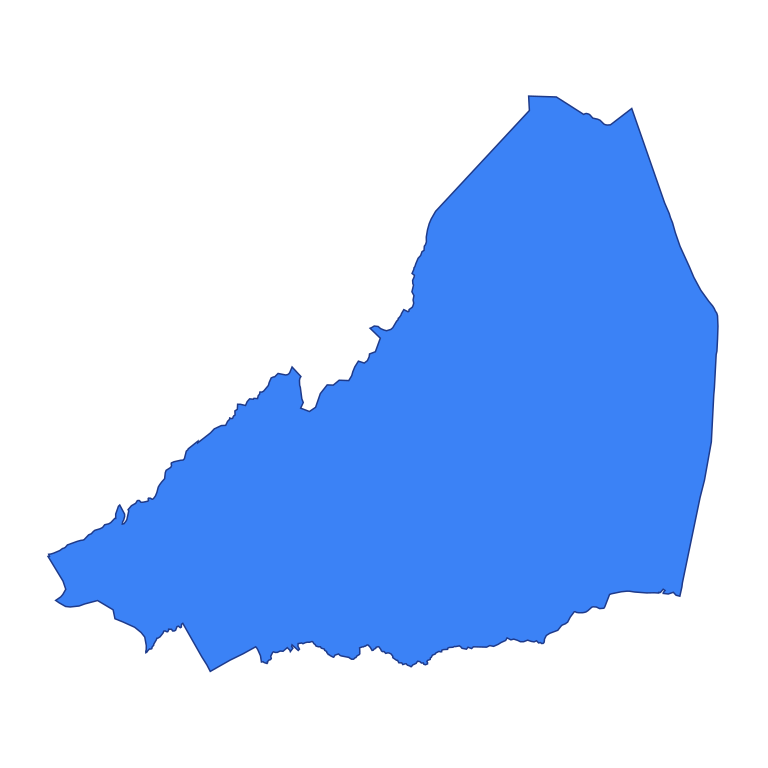 Huixquilucan, México, Mexico (Mercator projection), rotated 181°
{"feature_id": "50627088B22281598163621", "entity_name": "Huixquilucan", "entity_type": "district", "adm_level": 2, "iso_a3": "MEX", "parent_name": "Mexico", "parent_adm1": "México", "projection": "mercator", "projection_center": [-99.319, 19.371], "detail": "fine", "context": "isolated", "style": "filled", "palette": "blue", "viewbox_px": 768, "rotation_deg": 181, "n_neighbors": 0, "source": "geoboundaries", "source_scale": "gbopen_adm2", "svg_char_len": 6129}
<svg xmlns="http://www.w3.org/2000/svg" viewBox="0 0 768 768"><g transform="rotate(181 384 384)"><path d="M141.1,663.8L162.1,647.1L165.4,646.8L167.5,647.2L168.7,647.8L172.6,651.5L175.0,652.5L179.9,653.5L182.7,656.6L183.9,657.4L186.2,658.0L187.6,657.8L189.0,657.0L216.7,674.0L244.4,674.4L243.4,660.0L335.4,557.6L339.7,549.8L341.6,545.1L343.2,538.9L344.3,531.7L344.1,526.8L345.0,524.0L346.1,522.5L346.3,518.3L348.3,517.0L349.6,513.1L352.1,510.3L354.3,504.8L355.2,501.8L356.0,500.8L356.2,499.1L357.9,495.0L355.5,493.2L355.8,491.4L357.2,488.1L356.9,484.7L356.2,483.5L357.7,476.7L355.6,472.9L356.4,468.5L355.7,465.4L356.3,463.0L357.1,461.2L360.2,458.9L360.4,457.1L361.3,456.7L365.5,458.7L367.7,454.8L368.3,453.0L369.9,450.7L370.9,449.9L371.0,448.6L372.5,447.0L376.2,440.4L378.1,438.7L382.4,437.3L385.1,438.0L388.3,439.3L390.9,441.4L394.8,441.8L397.3,440.2L398.9,439.5L388.5,429.7L393.2,416.1L399.0,413.8L399.3,411.0L401.0,407.1L404.1,404.6L410.0,406.4L413.5,400.6L415.4,395.7L416.4,391.8L419.3,386.8L428.9,387.0L434.7,382.0L440.8,382.1L447.5,373.3L452.0,359.5L458.1,355.2L466.9,358.4L464.4,364.1L465.9,367.7L467.6,379.2L468.3,381.2L468.6,386.1L468.2,388.3L467.2,390.0L476.2,399.4L478.5,393.6L479.6,392.3L480.6,391.7L482.4,391.3L490.1,392.7L493.4,389.3L494.7,389.1L496.9,388.1L498.8,383.6L499.6,380.5L504.3,374.7L506.0,373.8L507.9,373.8L508.3,371.5L509.5,370.3L510.2,367.2L513.8,367.4L514.4,366.5L518.1,366.8L520.5,364.0L522.1,360.1L527.2,361.2L530.0,361.2L530.2,356.1L532.6,354.5L532.4,350.8L532.7,350.0L533.5,349.7L534.2,348.7L534.6,347.3L535.0,346.9L536.0,346.8L537.7,347.3L537.8,346.0L539.7,344.0L541.6,339.9L545.9,339.6L552.9,336.2L556.6,332.1L569.1,322.0L569.0,323.7L578.6,315.8L578.9,314.9L580.5,313.4L582.3,305.7L583.7,304.4L586.1,304.2L592.6,302.6L595.2,301.4L595.4,300.4L595.0,298.7L595.6,297.2L596.5,296.4L600.3,293.9L601.1,291.7L601.7,285.5L604.7,282.0L606.6,279.3L607.9,277.0L609.2,271.6L610.6,268.0L612.2,265.8L613.4,264.7L613.9,264.7L615.4,265.7L617.4,265.8L617.7,265.5L617.8,264.9L617.5,263.5L618.1,262.7L622.8,261.6L624.2,261.5L625.2,261.6L626.3,263.0L626.9,263.3L628.6,263.1L630.2,260.4L634.4,257.9L637.7,253.9L637.0,252.6L638.7,244.1L639.3,242.8L641.5,239.8L643.2,239.4L642.9,241.8L642.0,243.2L641.0,247.0L641.1,249.4L646.1,258.4L647.4,257.1L650.0,249.3L649.9,244.9L650.9,244.9L654.7,240.7L656.8,239.4L660.8,238.4L662.9,235.6L665.4,234.3L670.5,232.7L672.0,231.5L674.0,229.2L676.7,228.0L681.2,223.1L682.5,222.6L684.3,222.4L688.0,221.3L697.7,217.6L699.8,215.1L701.2,214.3L702.6,213.9L705.3,211.8L711.4,209.1L714.1,208.2L716.3,207.9L715.5,205.9L716.9,205.7L701.5,181.3L698.6,173.2L701.5,167.9L703.5,165.5L708.5,161.9L704.9,159.5L698.5,156.0L693.9,155.6L685.0,156.7L679.3,158.9L666.6,162.5L650.9,153.5L648.9,144.6L640.8,141.5L629.0,136.4L622.5,131.3L618.8,126.8L617.1,118.3L617.1,114.3L617.5,112.7L617.4,111.2L616.5,111.7L615.3,113.5L613.8,115.0L612.5,114.9L611.5,115.4L611.3,116.9L609.7,118.8L609.7,119.8L607.2,124.2L606.7,125.8L605.7,125.9L603.5,127.3L600.6,131.1L599.9,133.0L598.5,133.3L597.3,132.6L596.0,132.5L595.2,133.7L595.1,135.1L592.1,135.0L591.1,133.4L589.5,133.4L588.1,134.1L586.7,137.8L585.4,138.3L583.4,136.8L582.4,137.4L582.3,140.2L581.0,141.2L561.4,108.0L556.1,99.9L552.7,93.6L533.1,105.2L520.2,111.8L507.7,119.0L506.3,117.4L505.3,115.6L502.8,110.2L501.7,103.9L500.0,104.2L499.0,103.4L496.1,102.5L495.5,103.3L495.9,104.1L494.1,106.0L492.7,106.4L491.9,107.5L492.5,109.8L490.7,113.6L489.8,114.3L488.1,113.7L485.9,113.8L483.8,114.9L482.7,115.2L480.3,115.0L476.1,118.7L473.5,116.2L473.0,114.8L470.5,118.2L471.8,119.9L471.4,121.6L465.1,116.1L463.9,117.4L465.5,120.3L465.3,123.0L461.8,123.6L460.5,122.9L458.2,124.0L456.2,124.5L453.9,124.5L451.8,125.2L451.1,125.2L450.6,124.8L449.5,123.1L448.4,122.4L447.4,120.8L445.0,120.1L443.0,120.2L442.1,118.8L439.2,118.0L438.9,117.7L438.7,116.7L436.7,115.5L436.5,114.4L435.6,113.6L435.1,112.6L433.8,112.2L433.1,111.5L430.0,110.0L429.5,110.0L428.2,112.1L424.7,113.3L423.3,111.9L422.1,111.4L414.2,110.0L413.9,109.6L411.7,108.3L409.6,108.3L408.1,109.8L407.3,110.0L406.3,111.6L403.8,113.2L403.4,114.6L403.7,115.4L403.5,116.1L403.8,119.8L401.0,120.8L400.0,120.8L398.9,121.5L398.2,121.5L396.3,122.8L395.2,122.6L393.1,120.4L391.3,117.4L390.2,117.6L389.1,118.9L387.7,119.5L387.4,120.5L385.3,121.3L384.5,121.1L382.6,118.6L382.0,117.2L380.9,116.4L379.3,116.5L377.6,114.7L375.3,115.3L373.9,115.0L372.2,114.2L370.5,112.0L370.4,110.5L366.7,108.0L365.6,107.9L364.3,105.5L361.4,105.5L360.3,103.8L358.3,104.5L357.0,104.7L355.7,103.3L353.4,102.6L352.5,101.9L351.6,101.9L350.5,103.5L346.9,105.3L346.6,106.1L345.4,107.4L343.2,107.0L341.8,105.7L339.7,105.7L339.3,104.5L337.7,104.0L335.6,104.9L335.6,106.3L336.3,107.3L335.6,108.4L333.0,109.4L332.8,111.0L331.9,111.6L330.9,113.7L328.1,114.9L327.4,116.0L324.4,117.6L323.0,117.2L321.7,117.3L321.6,118.7L321.3,119.0L319.7,119.5L315.8,119.8L315.7,120.9L314.3,121.7L310.5,122.0L309.0,122.8L307.9,122.7L304.8,123.3L304.3,123.6L302.7,122.6L301.4,121.1L296.9,120.3L295.4,122.3L291.8,121.0L290.0,122.8L276.8,122.7L273.7,124.3L269.8,123.6L265.3,125.7L262.4,127.6L257.9,129.7L256.5,132.3L252.7,130.4L249.8,131.2L245.9,130.0L243.1,128.7L239.8,128.8L235.9,130.4L232.2,129.2L229.4,128.8L227.0,129.9L224.9,127.8L223.0,128.2L222.0,127.3L220.4,127.4L219.5,128.3L219.2,129.8L219.1,131.7L217.3,135.4L214.0,137.6L205.9,140.8L202.6,145.2L201.6,146.1L198.1,147.6L197.6,148.2L196.3,149.0L193.7,154.2L189.8,159.6L188.8,159.7L187.7,159.0L185.2,158.7L181.4,158.8L179.8,159.1L178.1,159.6L176.2,160.9L172.3,164.5L171.0,164.9L167.7,164.7L164.5,163.2L160.5,163.6L160.0,163.9L159.3,165.2L154.8,177.5L153.0,178.2L143.2,180.4L137.5,181.1L135.0,181.1L129.8,180.4L117.8,179.7L110.1,180.0L105.7,179.8L105.7,180.4L104.0,180.4L101.3,183.7L99.4,182.5L101.1,180.4L101.2,179.5L96.1,179.0L91.1,180.8L88.3,177.9L84.5,177.0L82.6,186.3L82.2,190.2L66.0,276.0L61.9,293.4L55.7,331.8L54.1,378.9L53.6,385.8L52.4,419.2L51.7,422.7L51.3,434.5L51.1,447.5L51.7,458.0L52.5,460.6L54.0,462.8L55.1,465.2L56.8,467.8L60.7,472.3L68.9,483.3L76.1,496.1L80.8,506.7L90.4,526.8L95.4,540.5L98.3,550.2L100.6,555.6L101.8,559.4L106.6,570.0L141.1,663.8Z" fill="#3b82f6" stroke="#1e3a8a" stroke-width="1.5"/></g></svg>